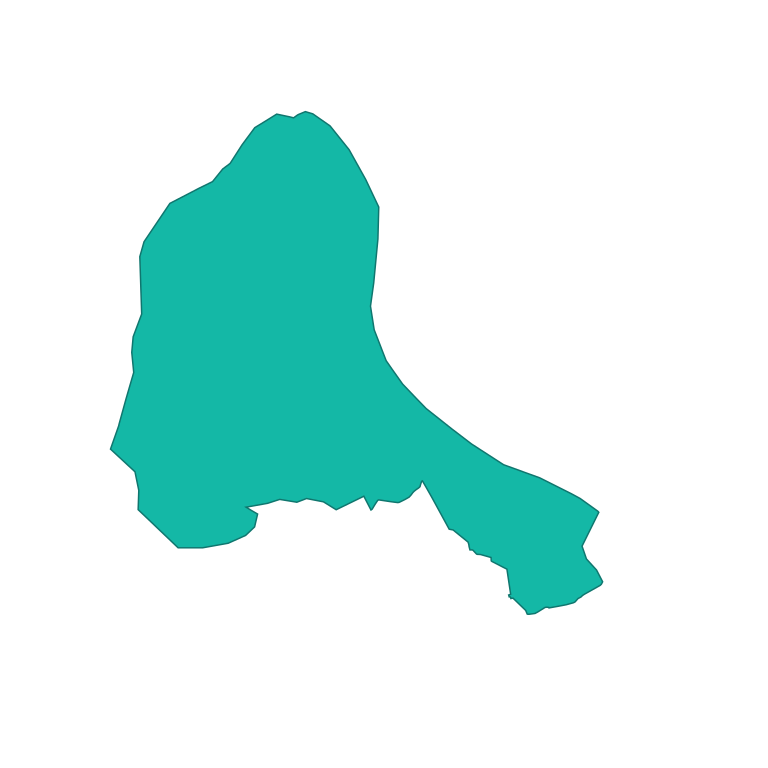 the district of Ukwa West, Abia, Nigeria, rotated 111°
{"feature_id": "59680162B46910461063287", "entity_name": "Ukwa West", "entity_type": "district", "adm_level": 2, "iso_a3": "NGA", "parent_name": "Nigeria", "parent_adm1": "Abia", "projection": "orthographic", "projection_center": [7.263, 4.974], "detail": "fine", "context": "isolated", "style": "filled", "palette": "teal", "viewbox_px": 768, "rotation_deg": 111, "n_neighbors": 0, "source": "geoboundaries", "source_scale": "gbopen_adm2", "svg_char_len": 2079}
<svg xmlns="http://www.w3.org/2000/svg" viewBox="0 0 768 768"><g transform="rotate(111 384 384)"><path d="M256.4,440.1L251.0,441.6L250.1,441.9L220.7,452.3L199.7,474.3L177.8,500.5L162.4,526.8L157.3,547.3L157.9,555.0L162.9,560.3L163.8,561.1L167.9,563.8L168.4,567.8L170.5,580.9L176.2,585.2L191.0,596.5L197.5,598.3L204.3,600.2L211.5,602.2L233.2,606.7L241.0,611.6L256.5,616.6L267.5,626.8L292.1,648.6L337.2,659.0L352.6,657.6L405.5,635.3L429.8,635.1L440.7,632.0L444.9,630.8L462.9,621.8L486.8,619.8L490.3,619.5L516.0,617.0L518.2,616.7L542.8,616.0L555.2,585.0L571.2,574.8L589.4,568.5L610.7,517.5L601.9,494.6L588.5,472.4L574.9,458.9L563.8,453.6L550.7,455.4L549.6,462.2L548.4,468.6L537.1,449.9L529.1,440.0L525.6,423.0L522.2,419.2L518.7,415.3L515.7,398.3L518.5,383.6L496.0,362.6L506.3,351.0L505.1,350.2L499.5,349.2L495.0,348.2L494.1,347.5L491.4,335.3L489.8,328.7L489.2,327.6L488.3,326.7L484.4,323.1L480.6,320.0L477.8,318.9L475.2,318.2L473.5,317.5L472.1,316.7L470.9,316.0L470.1,315.4L468.6,314.4L467.0,313.6L465.1,313.8L463.7,313.9L462.6,313.9L461.8,314.0L461.4,314.0L461.0,313.7L460.7,313.4L465.7,307.2L473.3,298.0L496.2,271.1L495.5,267.2L501.5,248.8L502.2,248.3L502.7,247.9L503.1,247.6L503.5,247.3L504.0,247.0L505.3,246.3L508.1,244.3L507.8,243.5L507.3,242.3L507.3,241.4L508.9,238.1L509.6,236.7L509.6,235.9L508.6,232.8L507.6,221.9L510.7,220.5L511.0,219.6L512.4,206.8L512.8,202.9L534.9,190.4L536.3,192.0L537.9,190.8L537.5,190.0L538.0,189.1L538.8,188.7L537.7,186.8L544.6,170.6L547.5,167.8L547.1,166.3L545.6,163.5L544.1,160.8L541.8,158.8L534.8,153.5L534.0,152.0L533.5,150.0L533.9,149.7L529.5,142.4L524.8,134.8L520.3,128.7L518.9,127.5L515.4,126.2L514.8,126.0L512.3,123.8L510.2,122.8L508.5,121.6L494.5,110.0L493.0,109.3L490.3,109.0L481.5,118.9L474.8,132.3L464.4,141.0L426.8,137.5L426.1,138.9L420.6,159.8L419.3,169.7L415.8,204.9L416.1,220.8L416.5,243.5L410.6,271.5L408.6,280.9L401.8,304.0L393.5,330.5L391.8,335.9L386.0,348.4L377.4,366.6L367.4,381.6L361.5,390.3L353.7,397.4L348.6,402.0L336.9,412.6L316.2,424.5L293.4,429.8L256.4,440.1Z" fill="#14b8a6" stroke="#0f766e" stroke-width="1.5"/></g></svg>